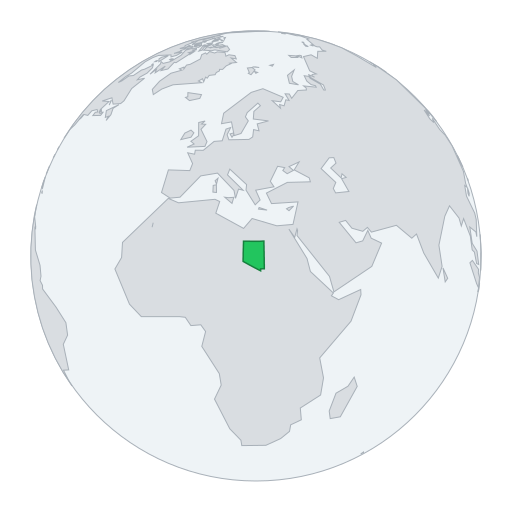 the Earth from above Al Kufrah
{"feature_id": "LBY-2965", "entity_name": "Al Kufrah", "entity_type": "Municipality", "adm_level": 1, "iso_a3": "LBY", "parent_name": "Libya", "parent_adm1": "", "projection": "orthographic", "projection_center": [22.731, 23.273], "detail": "fine", "context": "on_globe", "style": "filled", "palette": "green", "viewbox_px": 512, "rotation_deg": 0, "n_neighbors": 0, "source": "natural_earth", "source_scale": "10m", "svg_char_len": 10596}
<svg xmlns="http://www.w3.org/2000/svg" viewBox="0 0 512 512"><circle cx="256" cy="256" r="225" fill="#eef3f6" stroke="#a8b0b8"/><path d="M264.5,30.9L269.7,31.3L255.1,31.5L227.2,33.0L219.4,35.0L191.2,42.2L194.0,42.0L185.1,45.6L185.0,46.9L179.8,48.5L184.3,48.3L189.0,46.6L192.6,46.1L193.0,47.0L186.4,48.9L185.2,48.8L183.5,49.8L180.1,50.6L182.0,50.7L174.0,53.4L182.4,52.1L176.5,55.4L171.0,56.9L171.0,54.9L158.4,55.5L152.8,57.6L145.1,61.8L131.7,73.0L125.8,76.5L118.3,82.5L121.7,81.0L128.8,76.0L133.4,75.5L141.6,70.0L144.6,69.2L153.2,65.0L152.5,67.8L147.1,73.1L139.9,77.1L137.3,79.8L144.6,78.2L131.7,88.5L124.0,100.8L120.6,103.6L113.1,104.1L111.9,97.8L102.2,101.0L109.0,101.5L100.4,109.5L99.2,112.2L100.0,113.6L103.4,111.8L100.6,115.4L92.8,115.6L95.3,112.3L97.7,112.0L97.1,109.5L91.8,110.8L87.8,115.4L84.0,114.5L81.1,118.0L78.6,120.1L83.5,114.4L74.7,125.0L69.6,129.6L64.0,138.1L72.8,124.9L82.5,112.3L93.1,100.4L104.4,89.3L116.6,79.1L129.4,69.7L142.8,61.2L156.8,53.7L171.3,47.2L186.2,41.8L201.5,37.4L217.0,34.1L232.8,31.9L248.6,30.8L264.5,30.9ZM36.7,204.6L35.0,212.5L36.7,204.6ZM34.4,215.3L36.0,208.3L34.6,216.7L35.6,225.7L34.9,227.7L35.4,250.0L40.0,265.2L41.0,276.2L40.1,280.6L42.5,285.3L42.6,289.0L56.0,307.1L65.9,322.7L67.6,335.1L63.3,344.3L68.7,369.9L63.5,370.2L68.4,379.9L72.0,386.0L63.1,372.4L55.2,358.1L48.3,343.3L42.5,328.0L37.9,312.4L34.4,296.4L32.0,280.3L30.9,264.0L30.9,247.7L32.1,231.4L34.4,215.3ZM49.6,165.7L46.2,174.2L47.0,172.0L49.6,165.7ZM57.9,148.8L59.1,146.6L58.4,148.0L57.9,148.8ZM153.0,63.8L153.1,64.4L151.5,64.8L153.0,63.8ZM156.7,61.5L154.8,61.7L156.2,60.7L157.4,60.6L156.7,61.5ZM158.8,61.7L159.0,58.9L161.7,57.2L168.3,55.7L158.8,61.7ZM286.5,32.8L289.3,33.2L292.7,33.7L292.8,33.7L287.2,33.4L282.5,32.3L278.0,31.8L286.5,32.8ZM190.4,45.8L185.3,47.6L189.2,45.4L190.4,45.8ZM192.0,44.6L198.8,40.0L206.5,38.2L202.6,39.9L212.3,37.4L212.7,38.8L207.4,40.5L202.4,41.2L206.4,41.3L192.0,44.6ZM282.9,33.3L283.4,33.7L281.1,33.2L282.9,33.3ZM194.3,45.8L195.0,44.8L201.7,43.1L201.5,44.8L199.4,44.8L194.3,45.8ZM214.6,36.3L219.5,35.7L221.2,36.5L223.4,36.4L213.3,38.7L214.6,36.3ZM198.1,45.6L201.2,45.8L198.4,47.4L194.1,46.7L198.1,45.6ZM203.5,42.1L206.6,41.4L204.8,42.3L203.5,42.1ZM190.3,54.2L191.0,52.6L194.5,51.5L190.3,54.2ZM202.6,45.8L203.6,45.2L205.0,44.8L206.5,45.3L202.6,45.8ZM215.2,39.3L214.9,40.0L219.4,38.4L220.8,39.3L213.9,40.8L217.5,40.5L217.9,40.8L211.8,41.8L215.2,39.3ZM212.4,44.5L204.1,47.3L202.0,50.2L198.8,51.1L202.7,46.4L212.4,44.5ZM212.6,42.8L211.8,44.0L208.2,44.3L206.5,43.7L212.6,42.8ZM224.3,39.5L223.9,37.7L225.4,37.5L224.3,39.5ZM212.5,45.2L214.5,44.6L212.8,45.4L212.5,45.2ZM221.5,41.0L221.1,40.4L222.9,40.1L221.5,41.0ZM218.9,44.0L216.2,44.8L215.0,44.3L218.9,44.0ZM220.6,42.6L223.1,42.4L216.2,43.7L220.2,42.3L220.6,42.6ZM223.2,40.9L224.1,40.6L223.1,41.3L223.2,40.9ZM225.0,45.7L216.5,47.4L213.8,46.2L222.5,44.6L225.0,45.7ZM294.0,34.0L297.3,34.5L316.4,39.0L334.9,45.0L320.3,40.1L331.0,43.6L329.2,43.1L333.5,44.7L341.0,47.5L341.4,47.6L356.9,56.0L376.3,67.5L373.3,64.4L377.1,66.3L396.5,79.9L423.4,106.2L428.8,111.6L432.9,116.5L436.6,121.6L430.7,114.4L429.4,113.7L425.5,109.3L429.5,116.0L424.1,110.0L429.8,118.8L433.8,122.6L432.3,118.3L439.6,129.4L445.2,135.2L452.1,145.9L463.4,171.3L465.6,183.3L467.1,187.4L464.7,185.5L466.5,196.1L474.7,213.1L476.2,219.5L476.8,236.7L475.9,232.0L469.8,227.0L472.2,243.3L477.0,251.1L478.7,264.5L476.6,263.5L474.4,252.1L472.2,249.9L470.3,236.0L463.6,218.6L461.3,226.0L459.0,218.0L449.5,205.8L444.8,216.2L438.9,245.2L442.1,266.3L438.3,278.1L423.8,253.1L416.5,234.0L411.8,238.2L396.4,225.3L371.4,232.1L367.4,227.4L362.8,231.3L351.9,228.2L345.6,220.4L339.2,222.3L356.0,242.8L362.7,240.9L367.8,230.4L371.2,238.2L381.6,243.1L371.8,266.4L333.9,291.9L329.5,276.4L297.0,235.5L297.6,230.4L297.4,229.8L297.0,228.8L294.7,237.3L288.9,229.1L307.0,258.5L310.4,271.5L333.4,293.0L331.4,295.8L338.6,299.7L360.7,289.5L361.0,294.8L351.0,321.2L319.7,357.9L323.5,377.9L320.6,395.0L300.3,408.0L301.3,419.8L290.7,424.8L289.5,431.4L280.6,438.6L265.9,445.3L241.8,445.6L240.9,440.2L229.8,428.8L214.5,399.1L221.2,385.1L219.3,373.6L201.8,346.4L205.6,331.5L200.8,324.8L190.9,325.6L185.3,317.3L179.3,316.6L141.3,316.6L129.5,304.2L114.9,269.0L121.6,257.5L122.5,242.4L168.3,198.4L178.5,202.8L215.0,199.3L219.7,201.5L215.8,213.2L243.6,228.4L252.1,218.5L276.8,225.8L293.0,224.4L298.0,201.9L271.5,203.6L266.4,193.1L287.3,182.4L310.4,181.8L309.2,177.8L294.2,169.9L299.1,161.9L289.0,166.6L293.4,170.4L287.2,173.7L282.8,170.5L284.7,167.6L277.6,166.3L270.3,181.3L274.0,186.8L255.7,190.2L260.1,200.0L255.2,204.8L246.0,190.1L246.6,184.6L229.8,169.1L227.5,174.9L243.2,190.3L238.5,189.1L235.5,198.3L234.0,190.4L217.5,173.1L200.7,175.9L180.0,197.2L170.1,198.1L161.5,192.5L168.4,169.9L189.8,170.6L192.6,163.6L187.7,152.8L194.6,154.2L195.3,150.2L203.3,150.3L214.1,141.4L222.2,140.8L226.0,129.1L230.7,127.5L227.1,134.7L228.9,139.8L249.0,139.4L252.7,136.9L253.6,129.6L259.0,130.8L257.2,123.9L268.5,120.9L253.3,119.0L253.9,111.4L260.4,105.7L257.9,103.1L247.2,112.6L245.4,116.9L248.3,120.9L241.0,133.5L234.2,135.6L231.5,121.9L221.5,123.7L223.7,113.2L251.2,92.4L262.9,88.7L283.2,97.3L280.7,101.8L272.2,100.7L280.5,108.2L279.6,104.5L284.1,105.8L285.8,99.8L289.1,100.5L285.1,93.8L289.3,94.0L291.7,98.3L297.8,90.5L306.4,90.0L306.2,88.0L303.6,85.9L316.2,87.2L315.5,85.7L311.1,84.6L306.8,81.1L304.2,75.7L308.7,76.4L310.3,78.4L320.4,84.2L323.8,90.1L325.4,90.0L323.5,85.0L311.2,77.9L308.3,74.5L314.6,77.2L312.1,75.9L312.1,74.5L316.3,73.9L309.7,70.8L303.5,56.6L311.1,54.8L317.3,58.3L317.8,51.3L326.3,51.3L322.2,50.1L319.7,46.9L317.0,46.8L314.8,46.0L307.0,39.4L308.7,38.9L300.8,36.1L298.7,35.7L297.0,35.8L287.2,33.4L292.8,33.7L294.0,34.0ZM153.2,222.7L152.1,227.2L153.2,222.7ZM335.6,192.9L348.9,191.5L341.6,178.7L346.2,177.4L342.0,173.8L341.1,177.9L330.7,168.0L336.0,163.1L333.8,157.6L329.2,157.8L321.1,168.6L335.8,182.4L333.3,188.5L335.6,192.9ZM35.7,225.9L35.6,229.3L35.2,227.9L35.7,225.9ZM42.4,190.5L42.1,193.7L41.7,192.4L42.4,190.5ZM45.3,176.9L42.5,188.4L41.8,187.3L43.8,180.3L43.4,182.3L45.3,176.9ZM55.0,154.3L54.0,156.2L53.2,157.9L55.0,154.3ZM57.4,149.9L57.5,149.6L58.7,147.4L57.4,149.9ZM100.9,109.5L101.4,109.6L101.4,111.6L99.9,112.0L100.9,109.5ZM110.9,114.7L106.1,120.5L108.4,116.3L105.3,117.4L106.4,110.6L118.9,104.7L113.1,108.3L110.9,114.7ZM111.3,100.7L109.2,105.1L111.0,100.5L111.3,100.7ZM191.0,130.1L193.9,132.8L191.0,137.2L180.8,139.6L184.8,133.1L191.0,130.1ZM198.6,135.8L198.7,122.5L205.1,121.0L201.5,124.0L205.7,124.3L201.0,129.3L207.0,141.6L204.9,146.4L187.1,147.2L194.1,144.0L190.9,141.3L198.6,135.8ZM187.8,96.8L187.9,92.6L201.5,94.6L199.8,98.4L189.5,100.6L185.5,97.4L187.8,96.8ZM170.4,60.2L169.6,59.5L171.4,58.8L173.6,58.8L170.4,60.2ZM190.3,53.5L176.0,62.7L174.3,62.3L167.9,69.0L161.0,70.6L165.3,66.1L155.2,72.8L156.4,69.4L150.0,74.2L160.5,63.9L161.1,61.6L163.1,63.4L169.4,61.9L172.3,60.5L181.2,55.2L185.7,50.1L192.7,48.3L196.5,48.4L196.4,49.4L191.9,50.1L195.1,50.9L188.5,52.7L190.3,53.5ZM236.3,58.9L231.1,58.0L236.5,62.5L229.9,63.2L230.9,63.7L226.3,65.8L222.6,69.4L219.5,69.4L219.4,70.9L216.3,72.5L215.1,74.7L209.2,75.4L207.2,78.2L205.6,77.1L203.7,81.8L202.5,78.7L198.4,81.0L201.8,82.7L173.0,84.8L161.9,89.0L153.3,94.6L152.3,89.4L159.6,81.2L171.0,73.2L181.8,70.2L179.4,68.8L183.9,67.1L183.9,68.9L186.5,65.1L190.2,64.3L200.3,59.0L201.7,54.7L205.5,52.9L206.8,54.2L209.6,51.6L214.6,53.0L217.3,51.9L225.0,52.5L225.9,56.2L228.9,54.8L234.9,55.6L236.3,58.9ZM227.1,45.9L229.6,49.5L227.2,51.8L214.9,49.9L211.6,50.7L203.6,50.2L207.2,46.9L209.2,47.3L211.9,47.0L209.7,48.1L213.5,47.0L216.3,47.6L220.1,47.0L219.9,48.2L227.1,45.9ZM224.7,197.2L228.3,197.7L233.8,197.3L232.0,203.4L224.7,197.2ZM213.2,185.4L216.4,184.8L216.5,192.5L212.9,192.1L213.2,185.4ZM218.0,178.2L216.5,184.1L215.1,180.7L218.0,178.2ZM230.0,133.9L233.4,133.0L233.8,134.7L232.0,137.3L230.0,133.9ZM251.0,74.7L248.3,73.3L249.3,72.5L247.4,68.0L252.1,67.5L255.1,69.9L251.0,74.7ZM293.6,206.1L289.0,210.7L286.5,208.8L288.6,207.6L293.6,206.1ZM259.1,207.5L267.1,210.1L258.5,209.1L259.1,207.5ZM255.8,73.3L254.5,71.5L257.6,72.4L255.8,73.3ZM255.5,66.9L259.2,67.5L252.5,66.9L255.5,66.9ZM363.5,452.0L363.5,452.7L360.7,453.9L363.5,452.0ZM357.2,386.4L340.3,416.8L330.2,418.6L329.2,411.0L336.0,393.2L348.0,386.2L354.2,377.1L357.2,386.4ZM478.8,289.5L478.5,290.8L477.8,292.0L478.6,287.6L479.6,283.2L478.8,289.5ZM478.5,287.8L476.6,283.6L469.9,262.8L472.4,260.4L478.6,269.4L478.3,272.9L479.5,277.3L478.5,287.8ZM480.8,269.9L480.8,270.5L480.8,260.4L480.8,253.5L481.1,251.7L480.2,234.4L481.2,252.2L480.8,269.9ZM443.0,267.9L447.7,278.3L445.2,281.9L443.0,267.9ZM469.2,193.2L469.1,196.3L468.0,193.4L467.5,187.8L469.2,193.2ZM457.3,155.3L461.4,163.8L462.9,167.1L460.8,162.8L457.3,155.3ZM294.2,69.9L291.6,76.3L292.8,81.5L298.5,84.8L289.4,83.3L287.5,75.3L294.2,69.9ZM301.9,57.9L296.9,55.7L299.7,55.3L301.3,55.7L301.9,57.9ZM298.4,57.5L291.2,57.5L288.8,55.4L295.0,55.8L298.4,57.5ZM273.5,64.4L272.4,66.2L269.9,65.3L273.5,64.4ZM468.3,180.7L467.6,178.6L467.4,178.2L468.3,180.7ZM386.3,72.2L373.8,64.3L369.8,61.9L378.4,66.8L386.3,72.2ZM285.7,33.9L283.6,33.7L284.6,33.6L285.7,33.9ZM313.4,46.1L310.6,45.1L311.8,44.7L313.4,46.1ZM303.6,42.3L304.1,43.4L301.7,41.9L303.6,42.3ZM305.7,46.2L303.4,43.7L308.3,46.6L305.7,46.2Z" fill="#d9dde1" stroke="#a8b0b8" stroke-width="1"/><path d="M260.6,270.8L260.2,270.6L259.7,270.3L259.3,270.1L258.8,269.9L258.3,269.6L257.9,269.4L257.4,269.2L257.0,268.9L256.5,268.7L256.1,268.4L255.6,268.2L255.1,268.0L254.7,267.7L254.2,267.5L253.8,267.2L253.3,267.0L252.9,266.8L252.4,266.5L252.0,266.3L251.5,266.0L251.1,265.8L250.6,265.5L250.2,265.3L249.7,265.1L249.3,264.8L248.8,264.6L248.4,264.3L247.9,264.1L247.5,263.8L247.0,263.6L246.6,263.3L246.1,263.1L245.7,262.8L245.2,262.6L244.8,262.3L244.3,262.1L243.9,261.8L243.4,261.6L243.1,261.4L243.1,261.1L243.1,260.9L243.1,260.7L243.1,258.8L243.2,256.8L243.2,254.9L243.2,252.9L243.3,251.0L243.3,249.0L243.4,247.1L243.4,245.1L243.5,243.1L243.5,241.2L244.7,241.2L245.9,241.2L247.4,241.2L249.0,241.2L251.1,241.3L253.2,241.3L255.2,241.3L257.3,241.3L259.3,241.3L261.4,241.2L262.7,241.1L263.9,241.1L263.9,241.8L263.9,242.6L263.9,243.8L263.9,244.9L264.0,246.0L264.0,247.2L264.0,248.3L264.0,249.5L264.0,250.6L264.1,251.8L264.1,252.9L264.1,254.1L264.1,255.2L264.1,256.4L264.2,257.5L264.2,258.7L264.2,259.8L264.2,261.0L264.2,261.4L264.2,261.9L264.2,262.4L264.2,262.9L264.2,263.4L264.2,263.9L264.3,264.4L264.3,264.9L264.3,265.4L264.3,265.9L264.3,266.3L264.3,266.8L264.3,267.2L264.3,267.6L264.3,268.0L264.3,268.3L264.3,268.8L263.9,268.8L263.4,268.8L262.9,268.8L262.4,268.8L261.9,268.8L261.5,268.9L261.2,268.9L260.6,268.9L260.6,269.3L260.6,269.8L260.6,270.3L260.6,270.8Z" fill="#22c55e" stroke="#15803d" stroke-width="1.5"/></svg>